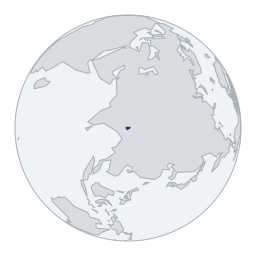 Sagarmatha on an orthographic globe, rotated 73°
{"feature_id": "NPL-1133", "entity_name": "Sagarmatha", "entity_type": "Administrative Zone", "adm_level": 1, "iso_a3": "NPL", "parent_name": "Nepal", "parent_adm1": "", "projection": "orthographic", "projection_center": [86.603, 27.261], "detail": "fine", "context": "on_globe", "style": "filled", "palette": "blue", "viewbox_px": 256, "rotation_deg": 73, "n_neighbors": 0, "source": "natural_earth", "source_scale": "10m", "svg_char_len": 11084}
<svg xmlns="http://www.w3.org/2000/svg" viewBox="0 0 256 256"><g transform="rotate(73 128 128)"><circle cx="128" cy="128" r="113" fill="#eef3f6" stroke="#a8b0b8"/><path d="M167.1,22.4L166.8,22.3L172.2,25.7L177.1,28.1L173.5,26.8L185.1,32.8L190.1,37.0L182.4,31.5L180.1,30.4L182.5,32.7L180.6,32.1L180.7,33.0L178.3,32.2L174.0,29.4L172.3,29.0L174.1,30.6L172.8,31.2L170.4,28.7L167.8,29.5L160.1,25.7L155.7,21.0L149.4,19.5L139.6,16.4L138.5,16.6L134.0,16.0L131.1,16.0L130.1,15.7L128.6,16.0L130.1,16.3L129.9,16.6L128.3,16.8L126.7,16.3L127.3,16.2L126.0,16.2L125.9,15.9L125.1,16.1L123.4,15.8L122.7,16.4L119.4,16.4L118.9,16.1L122.1,15.8L126.7,15.4L134.9,15.6L143.1,16.4L151.3,17.8L159.3,19.8L167.1,22.4ZM113.9,16.3L114.2,16.2L110.6,16.7L106.0,17.5L105.6,17.6L113.9,16.3ZM101.4,18.5L101.1,18.6L99.7,19.0L101.4,18.5ZM181.1,30.3L179.6,29.1L181.7,30.5L181.1,30.3ZM181.2,33.2L182.2,33.8L181.8,34.1L181.2,33.2ZM115.7,16.0L115.2,16.1L115.7,16.0ZM119.4,15.7L119.5,15.7L119.0,15.7L117.8,15.8L118.4,15.8L119.4,15.7ZM177.7,33.2L176.7,33.6L177.0,32.7L177.7,33.2ZM116.5,16.0L121.0,15.6L122.6,15.5L121.9,15.7L116.5,16.0ZM175.7,33.5L173.5,34.7L175.6,36.0L168.4,33.4L172.6,33.0L172.6,31.6L174.0,32.9L175.7,33.5ZM131.2,16.4L129.6,16.1L132.4,16.2L131.2,16.4ZM133.1,16.4L142.0,17.1L143.7,17.8L140.3,17.3L143.6,18.3L140.0,18.3L137.4,17.8L137.1,17.3L135.9,17.7L133.1,16.4ZM164.7,32.0L163.6,32.0L164.0,31.5L164.7,32.0ZM130.1,16.7L131.7,16.7L133.2,17.3L130.2,17.5L130.7,17.2L130.1,16.7ZM146.3,18.7L146.9,19.3L144.1,19.4L143.9,19.7L140.1,18.4L146.3,18.7ZM129.5,17.2L128.6,17.6L126.4,17.5L128.5,16.8L129.5,17.2ZM134.9,17.4L135.5,17.7L134.2,17.6L134.9,17.4ZM118.2,17.8L120.2,17.5L121.1,17.8L118.2,17.8ZM128.4,17.8L129.1,17.8L129.7,17.9L128.7,18.2L128.4,17.8ZM138.4,18.7L137.1,18.7L139.8,19.2L137.9,19.5L135.6,18.6L135.8,19.1L135.2,19.2L134.0,18.4L138.4,18.7ZM129.5,18.9L125.9,18.2L122.1,18.5L121.1,18.3L127.5,17.9L129.5,18.9ZM132.2,18.7L130.3,18.7L130.1,18.3L131.3,18.0L132.2,18.7ZM137.3,20.0L140.9,19.8L141.3,20.0L137.3,20.0ZM128.4,19.1L129.3,19.3L128.1,19.1L128.4,19.1ZM134.6,19.8L135.9,19.6L136.2,19.9L134.6,19.8ZM130.0,19.8L128.9,19.6L129.6,19.3L130.0,19.8ZM132.1,19.9L132.4,20.2L130.6,19.3L132.6,19.7L132.1,19.9ZM134.8,20.0L135.4,20.1L134.2,20.1L134.8,20.0ZM127.7,21.2L125.2,20.1L127.0,19.5L129.1,20.5L127.7,21.2ZM27.0,78.2L36.7,67.6L35.9,71.2L40.7,76.4L40.8,78.2L37.1,82.5L38.1,94.6L42.2,92.0L46.3,100.3L51.0,103.2L58.3,94.6L50.6,89.6L52.4,84.0L61.1,84.0L68.3,88.9L69.3,86.9L67.3,80.3L71.7,78.1L66.9,77.8L66.9,80.3L63.9,80.3L63.8,78.0L65.4,77.3L63.9,75.2L57.0,79.9L56.1,83.0L50.8,80.6L48.9,85.7L46.4,86.7L48.7,78.6L50.6,76.4L52.6,66.5L50.2,68.5L48.1,78.1L47.6,76.6L44.3,79.9L46.4,76.3L49.3,65.8L46.2,63.9L37.7,69.1L36.9,67.8L38.3,64.0L46.1,55.7L47.1,59.7L49.8,57.3L53.7,52.1L53.6,53.9L55.3,52.4L56.0,53.9L61.0,52.3L62.4,53.6L68.2,49.7L69.6,50.0L65.8,52.1L63.9,54.5L67.7,58.3L69.6,58.1L73.0,55.4L73.6,57.0L76.5,53.9L80.5,55.1L78.0,51.2L81.9,48.4L86.5,47.6L87.3,46.1L79.9,47.5L77.4,48.8L76.0,50.9L68.7,54.4L66.6,53.9L72.4,48.0L70.0,46.8L75.6,43.2L92.1,40.9L97.0,41.9L97.2,49.4L93.8,50.5L92.1,48.3L90.2,52.9L92.0,51.3L92.6,52.7L96.5,50.9L97.0,51.9L99.9,48.5L101.0,49.6L99.2,51.7L105.9,50.2L109.3,52.0L110.6,51.3L111.0,50.0L114.9,53.4L115.7,52.7L114.7,51.3L115.5,49.1L118.6,46.6L119.8,48.0L118.9,49.0L118.7,53.4L116.0,56.3L116.9,56.6L119.5,54.5L119.6,49.0L121.1,47.2L121.5,49.6L121.5,48.6L122.6,48.1L124.9,49.0L124.6,46.4L135.3,40.6L140.7,42.1L139.9,44.6L148.6,43.1L154.1,45.5L153.1,44.1L156.7,42.8L155.0,42.0L154.8,41.3L163.2,38.5L166.1,39.1L168.6,37.0L168.1,36.4L166.1,35.7L168.4,33.4L175.6,36.0L176.3,37.2L180.3,38.2L181.4,41.1L184.2,44.2L183.1,47.3L185.4,49.7L186.7,49.9L190.8,53.6L194.7,61.2L185.7,54.2L178.8,44.1L181.1,48.0L178.9,47.0L178.7,48.4L180.5,51.4L181.7,51.8L175.8,57.1L176.7,66.0L180.8,64.8L184.3,67.1L189.0,77.7L184.7,93.9L189.4,98.3L190.3,101.6L187.6,104.1L186.2,99.4L182.7,98.1L182.3,95.3L177.6,98.2L176.8,94.3L173.5,98.8L175.8,101.7L180.2,100.3L177.7,106.4L183.4,111.2L185.0,117.8L178.8,130.7L171.0,135.3L170.7,137.4L167.1,135.4L163.0,140.0L170.3,151.0L170.4,154.4L163.4,161.4L163.2,159.0L153.6,153.6L152.3,161.6L159.6,167.6L162.1,174.9L156.7,173.0L154.1,166.6L150.7,164.5L151.3,157.6L147.8,147.4L142.3,149.5L142.4,145.3L136.7,136.7L128.7,139.3L116.2,149.9L115.0,160.4L110.4,164.6L103.5,148.7L102.7,138.2L98.8,138.6L92.8,128.7L78.5,125.1L77.7,122.0L74.7,122.6L70.8,118.5L70.1,113.6L67.1,112.9L69.3,125.9L72.6,126.8L77.2,123.4L77.0,127.7L81.0,132.6L72.1,140.4L52.9,142.8L53.1,134.7L49.7,109.0L51.0,106.8L51.1,106.5L51.2,106.0L48.6,109.2L48.8,104.3L48.3,121.4L47.3,128.0L52.6,143.2L51.5,144.0L53.9,147.6L64.0,148.2L63.6,150.8L57.5,160.7L45.4,171.0L48.2,181.8L49.5,189.9L44.7,191.9L47.9,198.5L45.9,198.8L47.6,202.1L47.6,204.1L46.4,204.8L41.4,200.0L38.9,196.7L33.0,188.3L23.8,169.6L22.7,163.7L21.3,157.5L17.9,140.8L18.5,134.4L18.2,130.3L17.1,128.9L17.0,124.0L16.7,122.5L15.8,117.5L16.9,109.4L18.6,101.3L20.8,93.4L23.6,85.7L27.0,78.2ZM29.8,75.5L28.7,77.3L29.8,75.5ZM73.8,99.4L79.6,102.1L80.8,94.9L83.1,95.5L82.6,93.0L80.8,94.4L80.3,87.9L84.2,87.1L85.4,84.3L83.5,83.4L76.5,85.9L77.2,95.1L74.3,97.0L73.8,99.4ZM63.8,43.7L62.7,45.2L60.5,46.4L58.8,45.6L62.0,43.8L63.8,43.7ZM61.8,47.2L68.1,42.1L69.4,42.7L67.6,43.2L67.8,44.1L65.0,45.2L60.1,51.1L57.8,52.6L55.9,49.7L57.8,49.7L58.7,48.1L61.8,47.2ZM81.8,30.7L84.6,29.2L83.8,32.2L81.4,33.3L79.5,32.3L81.3,30.5L81.8,30.7ZM114.5,16.7L115.6,16.5L116.0,16.5L115.5,16.8L114.5,16.7ZM119.0,17.6L110.2,18.0L111.0,17.7L104.8,18.6L104.6,18.3L108.6,17.6L103.8,18.2L107.2,17.5L103.7,18.1L112.7,16.6L115.6,16.2L112.4,16.7L112.6,17.0L113.6,17.0L118.5,16.9L124.9,16.4L126.1,16.9L125.2,17.4L123.9,17.6L123.5,17.1L121.9,17.7L120.4,17.2L119.0,17.6ZM114.4,26.7L114.6,25.5L111.1,27.8L109.6,26.8L109.3,27.2L106.9,27.0L103.5,27.4L103.3,26.8L102.0,27.3L100.4,27.3L98.7,27.8L97.6,27.0L95.4,27.6L96.2,26.9L92.6,28.1L94.8,26.9L92.9,27.0L91.8,28.1L90.3,24.2L88.1,24.0L85.0,24.7L89.1,22.8L94.7,21.2L100.3,20.3L101.9,20.9L103.5,20.1L104.7,20.3L102.9,20.8L106.4,20.1L106.9,20.4L111.9,20.5L116.6,19.5L118.5,19.7L117.0,20.2L120.0,20.0L118.4,21.2L119.7,21.4L119.5,22.8L115.7,24.0L117.5,24.2L117.4,25.5L114.4,26.7ZM127.5,21.6L123.3,22.9L120.4,23.1L122.1,20.4L121.1,20.1L122.0,18.8L126.2,18.6L125.5,19.0L125.9,19.3L124.4,19.2L125.8,19.6L125.0,20.2L125.9,20.6L124.3,20.9L127.5,21.6ZM42.8,77.3L43.2,78.3L44.3,79.2L42.3,81.4L42.8,77.3ZM44.7,70.2L45.3,70.5L42.9,73.8L42.5,73.0L44.7,70.2ZM47.7,68.0L45.5,70.3L46.4,68.6L47.7,68.0ZM66.6,52.4L67.6,52.7L66.9,53.4L65.4,54.1L66.6,52.4ZM103.9,34.6L104.5,33.6L105.3,33.6L108.4,31.7L109.8,32.5L108.4,33.9L103.9,34.6ZM55.9,95.4L53.3,96.4L53.1,95.0L54.0,94.9L55.9,95.4ZM46.6,88.6L47.7,91.4L46.0,89.2L46.6,88.6ZM106.0,35.2L107.1,34.3L107.1,35.2L106.0,35.2ZM110.9,33.0L111.3,33.9L110.3,32.4L110.9,33.0ZM105.4,235.6L107.5,236.4L105.7,236.2L105.4,235.6ZM63.9,194.5L63.0,206.3L58.9,204.7L56.3,200.4L55.4,192.7L59.6,192.1L61.1,189.0L63.9,194.5ZM187.5,187.6L190.3,187.4L190.2,187.8L187.5,187.6ZM184.5,186.7L187.9,186.2L183.9,187.8L184.5,186.7ZM189.1,185.9L192.5,184.3L194.0,183.3L193.7,184.2L189.1,185.9ZM182.2,187.2L169.2,189.0L164.0,188.4L165.3,186.7L173.8,186.1L182.2,187.2ZM164.9,186.7L156.7,182.7L144.9,169.2L149.2,169.3L161.4,177.1L160.6,178.6L165.6,181.9L164.9,186.7ZM184.2,175.3L183.4,179.8L176.3,180.6L173.1,180.3L170.8,175.0L172.1,171.9L174.8,171.7L184.8,160.0L188.4,161.8L185.4,166.6L188.3,170.0L184.2,175.3ZM115.5,161.4L118.3,167.8L115.8,168.6L115.5,161.4ZM188.5,152.2L184.7,157.4L188.0,150.7L188.5,152.2ZM190.2,146.1L190.6,148.3L188.8,146.4L190.2,146.1ZM171.0,140.7L168.1,141.6L167.8,139.9L171.3,137.8L171.0,140.7ZM186.3,123.5L186.9,128.4L186.6,130.1L185.0,127.4L186.3,123.5ZM119.5,42.4L113.6,43.9L110.3,45.9L109.9,48.4L108.0,45.8L113.1,42.6L119.5,42.4ZM133.2,40.6L133.6,38.8L135.1,39.4L135.2,39.9L133.2,40.6ZM132.2,39.7L129.5,37.9L130.8,36.8L132.7,38.4L132.2,39.7ZM117.5,36.0L115.7,36.3L115.7,35.5L117.5,36.0ZM199.7,214.9L198.3,216.0L200.5,213.9L203.0,212.0L200.4,214.3L199.7,214.9ZM195.6,211.6L176.1,221.6L172.3,221.8L174.5,219.5L173.5,213.4L174.8,213.3L175.5,208.7L187.7,201.9L196.8,191.4L202.2,190.3L207.2,182.6L212.3,181.1L210.0,186.7L214.4,187.6L219.7,175.0L220.1,185.1L221.7,187.0L219.4,193.0L208.0,207.2L203.6,211.3L203.7,210.8L201.6,212.6L199.8,213.5L200.9,211.0L198.7,212.8L201.7,209.5L198.1,212.8L198.1,211.2L195.6,211.6ZM230.9,173.9L231.2,173.0L231.4,172.7L231.3,172.9L230.9,173.9ZM234.8,163.9L234.6,164.4L234.9,163.5L234.8,163.9L234.8,163.9ZM234.9,163.5L235.3,162.0L235.0,163.2L234.9,163.5ZM234.9,159.8L235.2,158.9L235.3,159.2L234.9,159.8ZM194.5,186.4L198.6,182.2L200.7,181.3L194.5,186.4ZM234.8,159.0L234.2,159.6L234.4,158.9L234.8,159.0ZM235.1,157.4L235.1,156.6L235.2,158.2L235.1,157.4ZM234.1,156.8L234.7,157.5L234.0,157.1L234.1,156.8ZM233.6,157.5L233.0,157.4L233.1,157.1L233.6,157.5ZM225.2,165.1L227.6,168.6L225.3,170.0L222.8,168.3L220.2,172.7L214.6,174.8L216.1,172.2L215.5,169.5L209.3,170.7L208.1,169.1L210.4,167.0L206.1,166.8L210.9,164.3L212.7,167.8L215.3,163.5L219.5,162.5L223.3,162.0L226.0,163.4L225.2,165.1ZM210.6,173.4L211.4,173.1L210.6,174.6L210.6,173.4ZM232.0,156.3L232.8,157.4L232.6,158.0L232.2,158.1L232.0,156.3ZM226.7,162.4L229.8,157.1L230.4,156.7L228.3,161.8L226.7,162.4ZM229.2,155.3L230.4,154.9L231.0,156.3L230.7,157.0L229.2,155.3ZM200.9,172.7L200.7,173.9L199.4,173.4L200.9,172.7ZM202.6,171.5L206.4,171.6L202.2,172.6L202.6,171.5ZM190.3,170.6L191.5,173.1L195.4,170.4L192.4,173.6L194.9,177.5L193.9,179.4L191.5,175.1L190.4,180.3L188.7,180.6L187.9,176.5L189.7,170.9L191.4,168.3L198.3,165.8L190.3,170.6ZM202.6,168.2L201.6,165.3L202.3,162.9L203.5,164.3L202.6,168.2ZM198.2,158.3L195.2,155.2L192.6,157.2L197.6,150.6L199.7,154.7L198.2,158.3ZM195.3,150.5L192.9,152.4L195.2,148.7L195.3,150.5ZM192.2,151.2L191.7,148.6L193.7,148.5L192.2,151.2ZM196.6,150.3L196.6,145.6L197.8,148.1L196.6,150.3ZM190.2,142.7L194.9,146.2L189.2,145.5L187.9,136.7L190.3,136.0L190.2,142.7ZM196.7,103.8L195.5,101.4L197.3,100.3L197.6,102.3L196.7,103.8ZM202.2,95.4L197.4,99.3L193.4,102.8L195.1,103.6L195.2,108.1L192.0,104.7L194.0,99.1L197.3,97.3L196.8,93.6L198.5,90.6L196.6,86.3L197.0,84.1L199.8,87.5L202.2,95.4ZM195.6,84.6L192.9,77.1L196.8,77.1L198.3,78.8L197.9,82.1L195.8,81.9L195.6,84.6ZM193.4,75.3L191.4,75.1L183.2,65.4L182.4,63.4L190.7,70.4L189.3,70.6L190.6,73.1L193.4,75.3ZM164.5,32.7L163.6,32.1L164.9,32.4L164.5,32.7ZM153.8,40.9L153.8,40.0L155.3,40.3L153.8,40.9ZM154.5,37.6L152.8,37.9L154.1,37.0L154.5,37.6ZM149.2,38.8L151.9,37.8L150.1,39.5L149.2,38.8Z" fill="#d9dde1" stroke="#a8b0b8" stroke-width="1"/><path d="M128.1,126.3L128.2,126.5L128.3,126.5L128.5,126.6L128.7,126.8L128.7,127.0L128.7,127.3L128.6,127.5L128.6,127.8L128.6,128.0L128.5,128.3L128.6,128.7L128.9,128.7L129.0,128.7L129.0,128.8L128.9,128.9L128.8,129.0L128.7,129.0L128.6,129.3L128.6,129.5L128.4,129.6L128.2,129.6L127.9,129.5L127.8,129.4L127.7,129.4L127.4,129.3L127.2,129.3L127.3,129.1L127.2,129.0L127.2,128.9L127.2,128.7L127.3,128.6L127.5,128.6L127.6,128.4L127.6,128.2L127.4,128.0L127.4,127.9L127.4,127.7L127.6,127.5L127.7,127.4L127.8,127.3L127.9,127.2L128.0,127.1L128.0,126.9L127.9,126.8L127.9,126.7L127.9,126.4L128.0,126.4L128.1,126.3Z" fill="#3b82f6" stroke="#1e3a8a" stroke-width="1.5"/></g></svg>